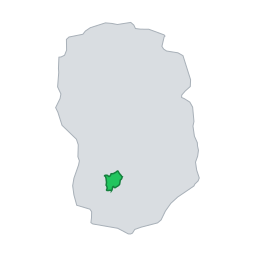 location of Konče within North Macedonia, rotated 96°
{"feature_id": "MKD-2932", "entity_name": "Konče", "entity_type": "Statistical Region", "adm_level": 1, "iso_a3": "MKD", "parent_name": "North Macedonia", "parent_adm1": "", "projection": "robinson", "projection_center": [22.386, 41.511], "detail": "fine", "context": "in_parent", "style": "filled", "palette": "green", "viewbox_px": 256, "rotation_deg": 96, "n_neighbors": 0, "source": "natural_earth", "source_scale": "10m", "svg_char_len": 2050}
<svg xmlns="http://www.w3.org/2000/svg" viewBox="0 0 256 256"><g transform="rotate(96 128 128)"><path d="M114.7,63.1L119.3,63.6L129.2,61.1L135.4,57.5L138.6,57.0L142.8,55.6L148.8,55.8L154.9,57.3L162.7,55.3L170.3,51.9L173.4,52.8L176.7,55.6L178.8,56.4L191.5,71.4L198.4,77.5L206.6,82.1L216.0,85.5L219.3,88.7L225.3,104.7L228.2,110.7L232.1,112.6L233.1,114.3L233.3,116.6L228.8,127.8L227.1,153.0L226.0,155.0L221.3,154.9L215.1,155.4L212.7,157.4L210.2,170.9L200.2,174.8L191.2,177.0L183.5,176.5L170.0,173.3L165.7,172.9L161.9,174.8L149.9,175.7L144.6,178.1L132.2,193.9L119.6,199.4L115.3,202.1L105.7,198.6L101.1,198.3L94.5,202.3L79.9,202.7L76.0,203.4L64.8,204.1L64.3,201.9L62.3,198.7L57.0,197.2L46.3,198.5L43.7,196.2L39.5,182.7L36.0,180.5L32.2,176.0L25.8,161.4L25.7,155.0L26.2,149.4L22.7,136.3L25.0,133.0L28.3,131.0L28.4,125.7L27.6,117.7L31.6,101.9L32.7,100.8L33.7,101.6L43.3,102.8L45.8,100.8L47.4,97.7L48.0,86.2L50.3,80.9L73.5,70.8L80.2,70.4L85.4,75.1L89.6,78.0L92.0,77.9L93.0,74.9L95.8,69.2L100.5,65.9L114.6,63.1L114.7,63.1Z" fill="#d9dde1" stroke="#a8b0b8" stroke-width="1"/><path d="M175.2,139.6L175.1,139.3L175.0,138.3L174.7,137.5L174.1,136.7L173.4,135.6L172.5,134.7L171.9,134.1L171.9,133.5L172.4,133.1L173.1,132.6L173.9,132.0L174.9,131.0L175.8,130.0L176.8,129.2L177.1,128.5L178.0,128.9L178.5,128.9L179.3,129.1L179.9,129.6L180.6,130.2L181.3,130.3L182.2,130.3L183.8,130.4L185.0,130.5L185.7,131.0L186.9,132.2L187.6,133.3L188.4,134.1L188.7,134.6L188.7,135.1L188.5,135.6L188.1,135.9L187.7,136.1L187.7,136.6L188.1,137.0L188.9,137.2L189.9,137.2L191.5,137.5L192.0,137.8L191.9,137.8L191.8,138.5L191.8,139.2L191.9,140.0L192.2,140.8L192.3,141.8L192.3,142.5L191.9,142.9L190.9,142.7L190.5,142.4L189.9,142.4L189.0,142.7L187.8,143.2L187.2,143.8L186.8,143.8L185.7,143.7L184.2,143.7L182.1,144.2L180.6,144.5L178.6,145.3L178.3,145.8L178.1,146.3L177.8,146.3L177.7,146.1L177.4,145.7L177.2,144.5L177.2,143.7L177.4,143.1L177.6,142.9L178.1,142.5L178.2,141.8L177.8,141.0L177.2,140.7L176.2,140.2L175.4,140.1L175.2,139.6Z" fill="#22c55e" stroke="#15803d" stroke-width="1.5"/></g></svg>